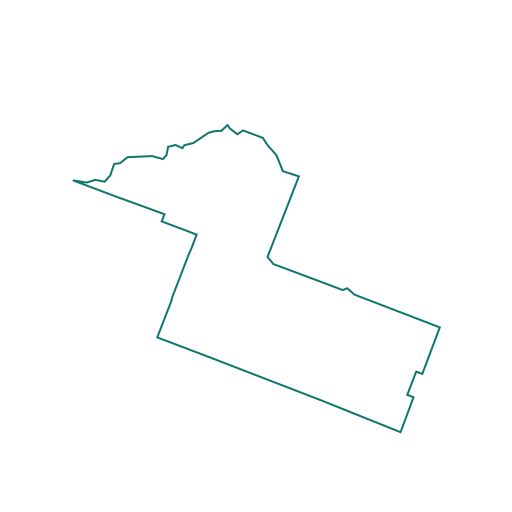 the district of Lake, Florida, United States of America, rotated 291°
{"feature_id": "52423323B41510935650721", "entity_name": "Lake", "entity_type": "district", "adm_level": 2, "iso_a3": "USA", "parent_name": "United States of America", "parent_adm1": "Florida", "projection": "mercator", "projection_center": [-81.605, 28.811], "detail": "fine", "context": "isolated", "style": "outline", "palette": "teal", "viewbox_px": 512, "rotation_deg": 291, "n_neighbors": 0, "source": "geoboundaries", "source_scale": "gbopen_adm2", "svg_char_len": 843}
<svg xmlns="http://www.w3.org/2000/svg" viewBox="0 0 512 512"><g transform="rotate(291 256 256)"><path d="M363.4,227.4L368.7,220.0L368.6,198.9L363.0,195.0L365.7,185.9L368.0,182.5L360.5,178.8L357.6,172.5L354.0,167.5L339.1,157.1L333.7,149.4L330.3,148.7L330.8,141.1L326.4,134.8L318.0,136.3L313.1,134.3L312.1,123.3L302.2,100.7L293.9,95.8L291.1,90.6L279.1,91.1L271.1,88.0L269.4,78.5L263.9,71.6L261.0,57.9L261.3,104.0L262.2,155.6L254.5,155.6L254.7,192.9L240.8,193.0L232.2,192.6L216.3,192.6L186.3,192.6L183.9,193.1L144.6,193.0L144.8,245.6L144.6,358.3L144.6,366.6L143.3,454.1L180.6,453.7L180.6,447.0L205.5,447.0L205.5,453.5L255.2,453.2L255.2,399.4L255.2,368.8L255.2,365.9L255.3,361.7L258.6,352.8L255.3,349.2L254.8,286.5L254.7,275.2L259.2,267.1L345.7,267.5L344.8,250.7L357.4,239.0L363.4,227.4Z" fill="none" stroke="#0f766e" stroke-width="2"/></g></svg>